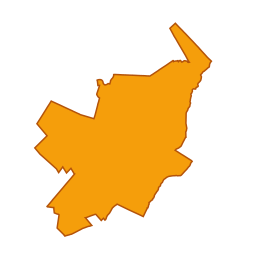 Tintesti, Buzau, Romania, rotated 258°
{"feature_id": "2599482B60981366823487", "entity_name": "Tintesti", "entity_type": "district", "adm_level": 2, "iso_a3": "ROU", "parent_name": "Romania", "parent_adm1": "Buzau", "projection": "albers", "projection_center": [26.882, 45.056], "detail": "fine", "context": "isolated", "style": "filled", "palette": "amber", "viewbox_px": 256, "rotation_deg": 258, "n_neighbors": 0, "source": "geoboundaries", "source_scale": "gbopen_adm2", "svg_char_len": 5454}
<svg xmlns="http://www.w3.org/2000/svg" viewBox="0 0 256 256"><g transform="rotate(258 128 128)"><path d="M190.6,214.6L189.9,214.6L191.3,214.2L195.0,211.9L198.7,209.7L203.2,206.9L208.3,203.8L209.2,203.2L210.1,202.6L212.3,201.3L216.0,198.9L216.3,198.7L220.6,196.1L218.7,192.9L217.9,191.5L217.8,191.4L216.8,189.7L213.8,190.6L209.7,191.8L208.5,192.1L205.5,193.2L198.7,195.4L192.8,197.4L190.3,198.2L187.0,199.3L180.3,201.2L179.6,201.6L179.6,201.0L179.7,200.5L179.9,200.2L180.3,200.0L180.9,199.7L181.5,198.8L181.5,198.6L182.0,197.6L182.1,197.0L181.9,196.3L181.6,195.8L181.5,195.5L181.4,194.9L181.4,194.6L181.3,194.4L181.7,194.0L182.8,193.6L183.3,193.1L183.2,192.6L182.4,191.1L183.5,190.9L183.6,190.2L183.3,189.9L183.4,189.6L183.5,189.2L183.6,188.4L183.6,186.8L183.5,186.3L184.5,186.3L184.6,186.1L183.1,182.4L181.3,178.1L180.5,176.0L180.3,175.5L179.7,173.9L179.0,172.2L178.8,171.6L178.1,169.9L177.9,169.6L176.5,166.0L175.2,162.8L175.1,162.5L175.1,162.4L174.3,160.3L174.3,160.2L175.0,157.4L175.3,156.3L175.6,155.4L176.8,150.5L178.2,145.2L178.5,144.1L179.2,141.2L180.3,137.0L181.1,133.7L182.2,129.7L183.1,126.2L183.3,125.3L183.2,125.1L182.0,124.8L180.7,123.9L180.1,123.3L179.2,122.0L178.0,120.8L176.6,120.3L175.6,119.7L174.9,119.3L175.6,117.8L175.4,117.4L175.0,116.3L174.9,115.3L174.9,114.7L175.0,114.4L175.1,114.2L175.4,113.8L176.2,113.4L176.4,113.2L177.0,113.1L179.0,113.0L179.8,112.6L180.4,112.2L180.7,111.8L181.0,111.2L181.3,110.1L181.4,108.8L181.2,107.7L180.0,107.8L175.8,107.4L175.6,109.0L174.7,108.6L169.1,105.3L168.1,104.7L167.8,104.6L167.3,104.4L167.0,104.5L166.8,104.5L166.4,104.6L165.0,105.1L164.4,105.4L163.3,106.4L159.8,104.7L157.5,103.4L156.5,103.0L151.3,100.4L147.3,98.4L144.2,96.6L149.2,87.4L151.1,83.9L151.6,83.5L153.1,81.4L156.1,77.4L156.4,77.1L158.3,74.5L162.2,69.3L164.2,66.7L168.2,61.3L170.1,58.7L170.3,58.5L167.6,55.9L165.0,53.3L163.6,52.0L158.1,46.7L151.1,39.8L137.2,47.2L127.9,32.7L120.7,36.5L117.6,38.8L111.3,43.4L106.8,46.7L102.9,49.5L98.8,50.9L103.5,56.1L96.8,58.5L100.4,63.8L94.2,65.9L94.1,66.1L90.0,60.9L85.9,55.5L82.8,51.6L81.7,50.1L79.8,47.7L78.2,45.6L77.4,44.6L77.3,44.4L76.1,42.9L73.3,39.2L73.2,39.2L69.1,33.9L68.4,32.9L68.1,32.5L67.9,32.6L67.7,32.7L67.6,32.9L67.5,33.1L67.3,33.8L65.7,38.3L65.7,38.8L65.3,38.8L65.1,38.8L63.9,38.6L61.8,38.4L61.1,38.3L60.2,38.3L59.9,38.9L59.7,39.2L59.4,39.6L59.0,40.1L57.9,42.2L57.7,42.3L57.4,42.5L48.5,39.2L45.5,38.1L44.9,37.9L44.6,38.0L42.4,39.5L36.6,43.3L36.5,43.2L35.4,43.8L35.6,45.1L35.6,46.2L35.7,47.2L35.7,48.1L35.9,49.6L35.9,50.8L36.0,51.1L36.5,53.1L37.5,56.8L38.0,58.5L38.3,59.7L39.2,62.8L39.3,63.2L39.3,63.7L39.4,64.4L39.5,65.3L39.7,66.5L39.9,67.7L40.0,69.0L40.1,69.5L39.9,69.9L40.0,70.9L40.2,72.0L40.2,72.3L40.4,72.2L49.1,67.7L49.0,68.2L49.9,73.9L50.4,78.0L50.2,78.6L43.1,82.6L44.7,85.0L44.8,85.2L42.7,86.3L43.1,87.1L44.3,88.0L45.3,88.5L46.8,89.7L47.8,91.1L48.6,92.2L50.1,93.6L53.0,96.1L54.5,98.6L55.3,100.7L55.8,101.5L48.1,111.4L43.9,117.0L41.0,120.9L38.2,124.5L42.5,127.8L45.7,130.3L45.8,130.3L45.7,130.7L45.8,130.8L46.0,130.9L46.1,131.0L46.4,131.2L46.6,131.4L47.0,131.6L47.3,131.7L48.0,132.0L48.6,132.3L49.1,132.8L49.4,132.9L49.6,132.9L50.4,133.0L50.6,133.0L50.8,133.2L50.9,133.5L51.2,134.2L51.7,134.9L52.0,135.4L52.2,135.6L52.4,136.1L52.6,136.9L52.8,137.2L53.0,137.2L53.4,137.3L53.6,137.5L53.9,137.8L54.0,138.0L54.2,138.4L54.3,138.6L54.5,138.7L55.6,139.5L55.8,139.5L56.2,139.6L56.5,139.8L57.0,140.2L58.4,141.5L58.8,142.1L59.9,143.0L60.0,143.2L60.5,144.0L61.3,144.6L62.0,145.1L62.4,145.2L62.7,145.3L62.9,145.3L63.3,145.5L63.7,145.8L64.7,147.7L64.9,147.8L65.3,147.9L65.7,148.0L66.1,148.3L66.8,148.9L67.0,149.2L67.4,149.9L67.7,150.4L68.1,150.6L68.5,150.9L69.3,151.5L70.2,152.4L70.7,153.4L70.8,154.0L71.2,154.6L71.7,155.6L72.2,157.7L72.0,161.4L71.8,163.0L71.5,164.2L71.6,165.2L71.0,166.3L70.9,167.2L70.5,169.5L70.9,170.5L73.8,174.5L75.4,176.9L77.2,179.0L78.0,180.3L79.2,181.3L80.2,181.8L81.2,182.7L81.9,183.8L82.9,183.4L83.0,183.2L89.8,176.3L90.8,175.2L96.4,169.5L97.3,170.7L97.9,173.4L98.0,173.6L99.0,175.8L99.4,176.3L99.5,176.4L102.5,178.7L103.2,179.3L106.6,182.1L107.0,182.9L107.6,182.8L109.0,183.1L110.0,183.3L112.2,183.7L112.4,183.8L112.9,184.3L113.2,184.5L114.7,185.1L115.6,185.5L115.9,185.5L116.9,185.5L119.3,185.6L120.2,185.6L120.5,185.6L123.3,186.3L123.8,186.4L128.0,187.4L128.5,187.5L129.8,187.8L130.4,188.0L130.9,188.2L131.6,188.7L132.9,190.0L134.6,190.9L135.0,191.3L136.1,192.7L136.3,192.9L136.7,193.1L138.0,193.5L138.3,193.7L139.1,194.2L139.4,194.4L139.5,194.4L140.6,194.1L141.0,194.1L141.7,194.6L142.6,194.8L144.7,195.7L145.1,195.9L146.0,196.4L146.1,196.5L146.4,196.6L147.9,196.5L148.2,196.6L148.8,197.5L149.2,197.7L150.4,198.6L151.8,198.8L152.1,198.9L152.3,199.2L152.7,200.1L152.7,200.4L152.7,200.5L152.6,200.8L152.2,201.4L152.1,201.8L152.1,202.1L152.1,202.3L152.4,202.5L153.0,202.8L153.5,203.1L153.6,203.3L153.6,203.7L153.7,204.2L153.8,204.7L154.1,205.2L154.3,205.3L154.7,205.4L155.2,205.4L155.8,205.3L156.2,205.3L156.6,205.5L157.1,205.8L158.3,207.6L159.0,208.5L159.6,209.1L160.2,209.4L161.1,209.8L162.0,210.2L162.7,210.4L163.3,210.5L164.6,210.0L164.8,210.0L165.0,210.1L165.2,210.3L165.5,210.9L165.6,211.1L166.1,211.7L166.4,212.1L166.9,212.5L167.1,212.8L167.4,213.2L167.5,213.6L167.7,214.1L167.8,214.5L168.6,215.8L168.8,216.3L169.3,217.2L169.6,217.7L170.0,218.3L170.3,218.9L170.6,219.7L170.8,220.1L171.1,220.3L173.4,221.1L174.0,221.5L174.7,222.0L176.0,223.5L180.5,220.4L183.3,218.8L188.2,215.9L190.6,214.6Z" fill="#f59e0b" stroke="#b45309" stroke-width="1.5"/></g></svg>